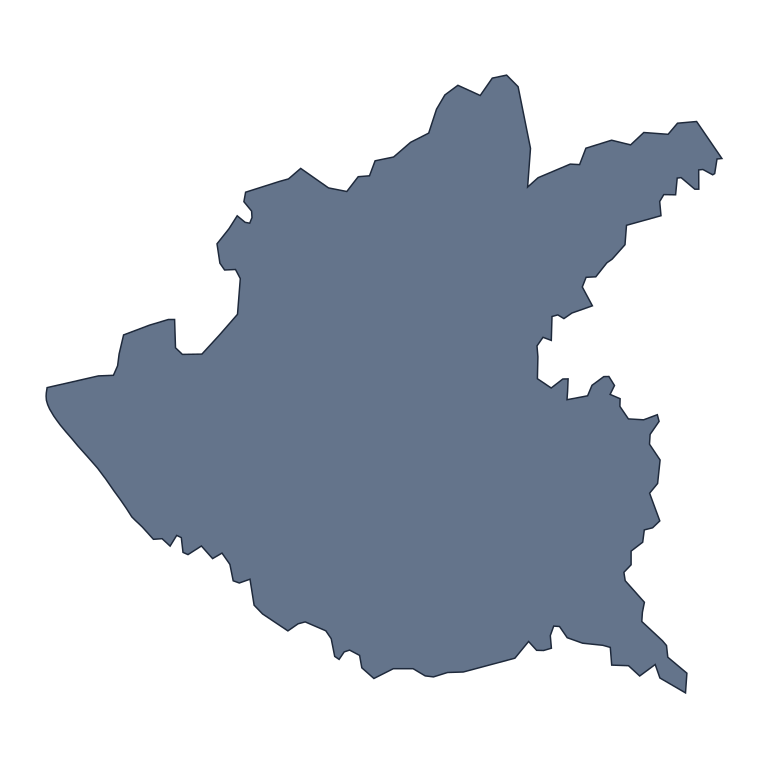 outline of Lorenzo Geyres, Paysandú, Uruguay
{"feature_id": "84410073B97656346640878", "entity_name": "Lorenzo Geyres", "entity_type": "district", "adm_level": 2, "iso_a3": "URY", "parent_name": "Uruguay", "parent_adm1": "Paysandú", "projection": "orthographic", "projection_center": [-57.922, -32.146], "detail": "fine", "context": "isolated", "style": "filled", "palette": "slate", "viewbox_px": 768, "rotation_deg": 0, "n_neighbors": 0, "source": "geoboundaries", "source_scale": "gbopen_adm2", "svg_char_len": 2547}
<svg xmlns="http://www.w3.org/2000/svg" viewBox="0 0 768 768"><path d="M659.1,421.4L657.3,414.7L643.6,419.8L628.4,418.9L619.9,406.4L620.1,398.7L610.1,394.4L614.5,385.5L608.9,376.5L603.8,376.6L592.0,385.3L587.6,395.8L567.0,399.7L567.6,391.2L568.1,378.9L562.8,379.0L551.2,388.0L537.4,378.7L537.9,356.8L537.0,345.9L543.0,337.3L551.3,340.4L552.0,316.5L557.8,314.9L563.9,318.6L572.0,313.0L592.4,305.8L582.3,287.0L586.1,277.3L595.8,276.8L606.9,262.8L612.2,259.1L625.0,244.7L626.5,225.3L661.0,215.7L659.7,201.5L663.8,194.6L675.6,194.8L677.2,178.1L681.1,177.6L694.8,189.2L698.8,189.2L698.7,169.9L702.9,169.5L712.7,174.8L714.7,173.6L717.0,159.0L721.9,158.5L696.6,121.5L677.5,123.2L668.1,134.3L643.8,132.5L630.6,144.9L611.6,140.2L585.9,148.2L579.6,164.6L570.2,164.1L538.1,177.7L527.6,187.1L530.5,148.4L518.1,86.7L506.6,75.1L492.3,78.1L480.2,95.5L457.9,85.3L444.9,94.9L436.5,109.2L428.7,133.1L410.6,142.3L393.6,157.0L375.1,160.8L369.5,175.8L358.2,176.7L346.8,191.5L328.5,187.9L300.7,168.4L288.5,178.9L279.2,181.5L245.6,192.2L243.9,201.7L251.6,211.1L252.0,217.6L249.7,223.2L245.1,222.3L237.2,215.8L229.0,228.7L217.0,243.8L219.9,263.2L224.6,270.0L235.5,269.5L240.3,278.6L237.5,314.3L219.1,335.4L201.9,354.1L182.4,354.4L175.5,347.8L174.6,319.5L168.3,319.5L149.6,325.1L123.6,334.9L119.1,354.0L117.6,365.8L113.4,375.3L98.4,375.9L47.1,387.6L46.3,392.9L46.1,396.2L46.4,400.3L47.7,404.7L49.6,409.0L53.8,416.1L57.5,421.3L60.4,425.2L66.2,432.2L71.8,438.6L78.2,446.3L88.5,457.8L97.6,468.2L104.1,476.9L105.3,478.4L110.3,485.6L113.8,490.7L120.1,499.3L126.3,508.3L131.8,516.9L135.2,520.3L142.3,527.0L145.9,531.0L147.2,532.4L153.4,539.3L162.1,538.7L170.1,546.1L176.7,535.4L181.3,537.6L183.0,552.4L188.0,554.6L201.4,546.0L212.6,558.6L222.0,553.1L229.9,564.4L233.2,580.8L239.3,583.0L250.0,579.2L251.6,589.3L254.1,605.2L262.6,614.0L287.9,630.9L298.1,623.8L305.2,621.9L325.8,630.8L331.2,638.7L334.7,656.4L339.1,659.4L344.2,651.9L349.6,650.1L359.6,655.4L361.8,667.8L373.9,678.5L393.3,668.7L413.1,668.7L425.2,675.9L433.5,676.9L447.5,672.5L463.3,672.0L514.9,658.2L528.6,641.5L536.6,650.3L543.6,650.5L551.4,648.2L550.3,635.6L553.7,626.1L559.5,626.5L567.2,637.7L582.6,643.2L602.8,645.3L610.3,647.4L611.7,665.1L628.5,665.7L639.7,676.0L655.2,664.5L659.9,678.0L685.5,692.9L686.9,673.2L667.8,657.2L666.5,645.5L662.5,640.8L641.8,621.5L642.4,612.4L644.4,602.3L625.2,580.7L623.9,572.3L631.1,564.8L631.1,551.1L642.7,542.2L644.3,529.9L652.6,527.8L659.8,520.9L649.6,493.2L657.6,483.5L660.1,460.0L649.5,444.2L650.1,434.4L659.1,421.4Z" fill="#64748b" stroke="#1e293b" stroke-width="1.5"/></svg>